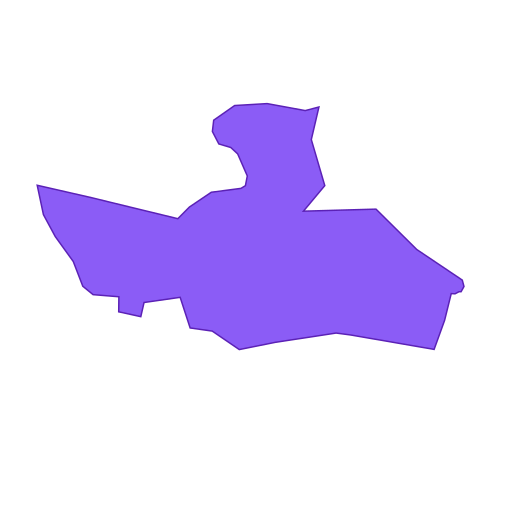 the district of Hudson, New Jersey, United States of America, rotated 70°
{"feature_id": "52423323B86380597892697", "entity_name": "Hudson", "entity_type": "district", "adm_level": 2, "iso_a3": "USA", "parent_name": "United States of America", "parent_adm1": "New Jersey", "projection": "natural_earth1", "projection_center": [-74.072, 40.733], "detail": "fine", "context": "isolated", "style": "filled", "palette": "violet", "viewbox_px": 512, "rotation_deg": 70, "n_neighbors": 0, "source": "geoboundaries", "source_scale": "gbopen_adm2", "svg_char_len": 872}
<svg xmlns="http://www.w3.org/2000/svg" viewBox="0 0 512 512"><g transform="rotate(70 256 256)"><path d="M236.6,422.3L247.4,398.8L261.5,404.1L273.6,385.0L261.4,377.1L268.9,341.4L301.1,342.5L311.6,322.8L338.2,303.7L343.2,270.9L343.8,266.9L343.9,266.6L346.0,256.0L350.7,232.7L355.8,207.1L362.2,194.8L363.3,192.8L364.8,190.2L374.6,173.1L376.0,170.6L388.4,149.0L397.8,132.6L403.2,123.1L404.7,120.6L381.0,100.8L358.1,85.4L359.6,81.9L359.0,77.5L359.7,75.5L355.8,71.0L349.2,70.4L304.9,102.7L253.0,127.2L230.1,196.1L213.4,167.3L165.5,164.2L137.5,145.9L136.2,160.0L116.6,193.4L107.3,224.6L113.9,249.3L124.1,254.4L138.0,252.6L145.4,242.6L153.8,238.3L177.8,236.8L186.3,241.9L187.3,247.0L180.8,276.2L187.2,301.8L194.2,316.7L155.1,375.4L145.6,389.6L114.7,437.4L144.4,441.6L169.0,438.0L198.7,429.6L225.2,429.1L236.6,422.3Z" fill="#8b5cf6" stroke="#5b21b6" stroke-width="1.5"/></g></svg>